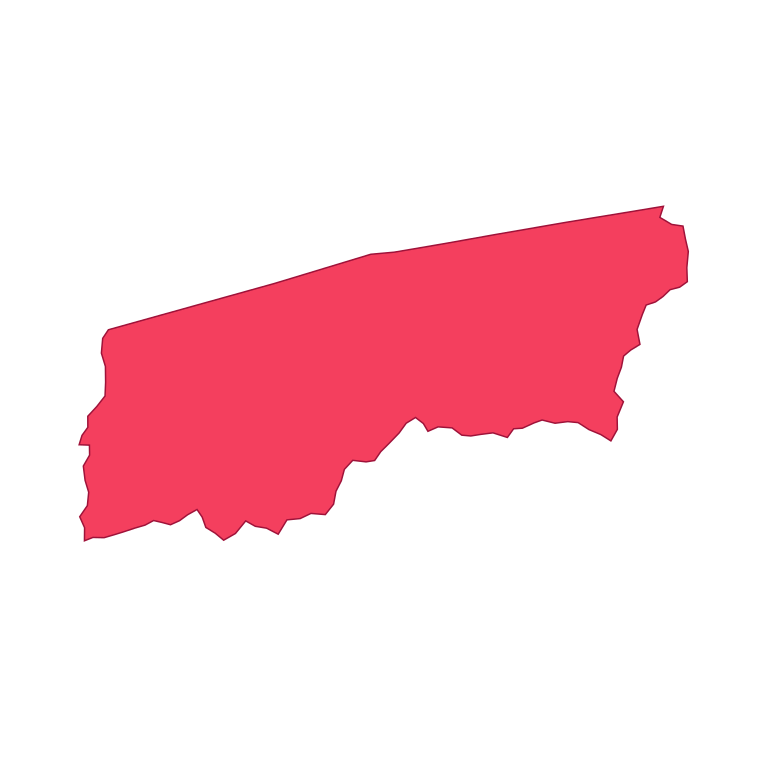 the district of São Pedro de Alcântara, Santa Catarina, Brazil, rotated 171°
{"feature_id": "56859067B21132471416897", "entity_name": "São Pedro de Alcântara", "entity_type": "district", "adm_level": 2, "iso_a3": "BRA", "parent_name": "Brazil", "parent_adm1": "Santa Catarina", "projection": "robinson", "projection_center": [-48.836, -27.586], "detail": "fine", "context": "isolated", "style": "filled", "palette": "rose", "viewbox_px": 768, "rotation_deg": 171, "n_neighbors": 0, "source": "geoboundaries", "source_scale": "gbopen_adm2", "svg_char_len": 1444}
<svg xmlns="http://www.w3.org/2000/svg" viewBox="0 0 768 768"><g transform="rotate(171 384 384)"><path d="M376.8,514.2L476.7,500.4L647.7,480.7L654.7,473.1L658.3,458.7L656.4,444.9L658.7,429.2L661.4,415.8L671.3,406.6L681.6,398.5L683.3,387.5L690.3,380.5L694.6,371.7L684.5,369.7L685.9,359.8L693.8,350.0L694.3,335.6L692.6,323.3L696.0,310.3L705.3,300.5L702.2,288.9L704.4,276.0L695.5,278.0L684.5,276.0L673.6,277.4L665.2,278.6L653.1,280.6L642.1,282.0L632.9,285.2L625.0,282.0L616.9,278.4L607.3,281.0L598.4,285.6L588.3,289.3L584.4,281.0L582.4,270.2L574.0,263.0L566.8,254.8L554.1,259.6L542.0,270.4L533.4,263.6L522.6,260.0L512.0,252.2L501.1,265.0L487.9,264.2L476.4,267.6L462.4,264.2L452.6,273.2L448.2,285.6L441.3,295.1L436.5,305.9L426.8,313.5L413.9,309.9L405.2,309.9L397.8,317.7L388.1,324.7L376.8,333.2L368.2,341.8L358.1,346.0L351.3,338.8L348.0,330.4L337.3,333.2L323.6,330.0L315.2,321.3L306.4,319.1L296.3,319.1L284.0,318.7L270.5,311.9L263.0,319.5L254.2,318.7L241.9,322.1L233.5,323.7L221.2,318.5L208.4,318.1L198.3,315.5L188.7,306.9L177.7,300.1L168.8,292.3L160.6,302.7L158.9,314.9L150.3,329.0L158.0,340.8L152.7,353.2L146.9,363.4L143.0,374.1L135.1,378.9L125.0,383.1L125.5,398.3L118.0,412.2L112.7,421.0L103.0,422.6L94.7,426.8L86.7,432.4L76.8,433.4L68.4,437.6L66.7,451.5L62.7,467.3L63.6,480.1L64.0,493.2L74.9,496.6L85.5,505.4L80.2,515.8L179.5,515.2L250.7,514.2L302.0,513.2L353.3,512.6L376.8,514.2Z" fill="#f43f5e" stroke="#9f1239" stroke-width="1.5"/></g></svg>